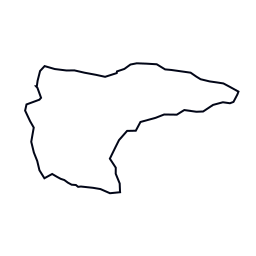 outline of Laneia, Limassol, Cyprus, rotated 278°
{"feature_id": "46923920B30538260046236", "entity_name": "Laneia", "entity_type": "district", "adm_level": 2, "iso_a3": "CYP", "parent_name": "Cyprus", "parent_adm1": "Limassol", "projection": "robinson", "projection_center": [32.922, 34.818], "detail": "fine", "context": "isolated", "style": "outline", "palette": "ink", "viewbox_px": 256, "rotation_deg": 278, "n_neighbors": 0, "source": "geoboundaries", "source_scale": "gbopen_adm2", "svg_char_len": 1035}
<svg xmlns="http://www.w3.org/2000/svg" viewBox="0 0 256 256"><g transform="rotate(278 128 128)"><path d="M156.6,31.0L155.2,32.7L145.8,37.7L143.7,36.3L137.2,24.2L130.9,23.7L121.1,30.1L115.3,34.6L100.9,34.1L90.6,38.2L82.7,42.7L73.8,46.2L66.6,52.2L71.9,59.3L69.8,64.4L68.3,68.4L67.6,72.2L65.5,76.1L64.0,80.1L64.3,84.3L62.8,86.8L63.5,89.5L63.9,101.7L63.7,109.2L60.9,119.2L63.3,129.1L64.1,128.9L71.9,127.5L81.0,122.2L87.0,121.4L95.1,114.3L107.1,118.2L114.8,120.8L125.0,127.5L126.4,136.1L135.7,139.5L141.9,153.9L146.4,161.9L148.0,174.5L153.6,181.2L153.6,193.4L154.8,200.1L162.7,209.0L166.7,218.4L166.7,225.5L168.5,228.8L175.7,231.4L176.6,231.7L179.4,232.3L183.0,222.9L185.4,216.3L185.5,209.9L185.5,202.3L186.4,193.1L188.4,188.5L191.5,182.3L191.5,173.5L191.5,162.7L191.2,156.6L195.1,147.6L194.3,137.6L193.3,127.7L191.2,121.6L186.0,116.2L182.5,109.2L180.8,109.2L175.5,98.2L176.2,88.8L176.7,77.3L177.6,66.8L176.4,59.2L176.2,47.3L177.7,36.8L172.2,33.0L162.2,31.9L156.9,31.9L156.6,31.0Z" fill="none" stroke="#020617" stroke-width="2"/></g></svg>